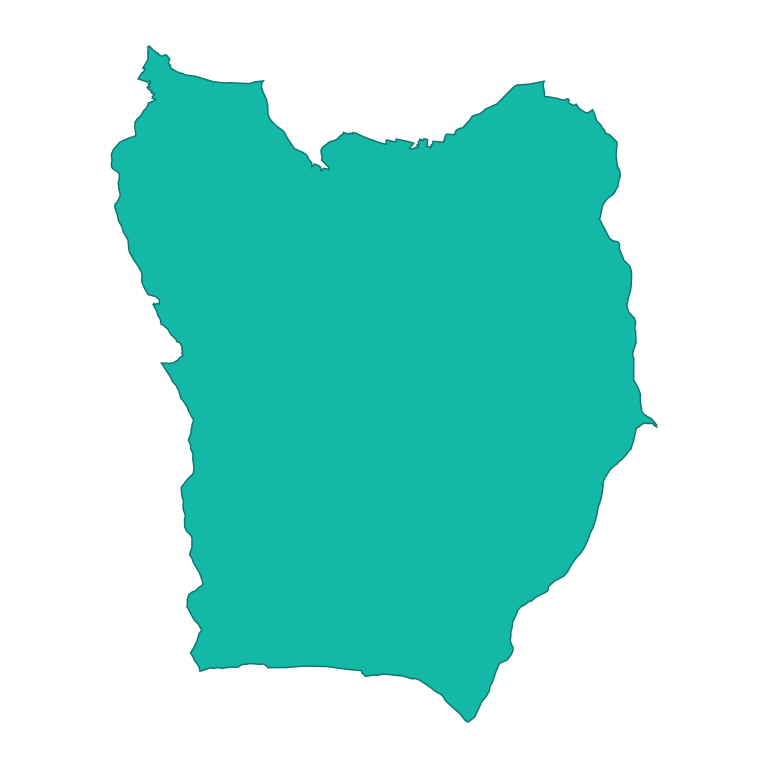 Bustuchin, Gorj, Romania
{"feature_id": "2599482B71517510314542", "entity_name": "Bustuchin", "entity_type": "district", "adm_level": 2, "iso_a3": "ROU", "parent_name": "Romania", "parent_adm1": "Gorj", "projection": "robinson", "projection_center": [23.713, 44.971], "detail": "fine", "context": "isolated", "style": "filled", "palette": "teal", "viewbox_px": 768, "rotation_deg": 0, "n_neighbors": 0, "source": "geoboundaries", "source_scale": "gbopen_adm2", "svg_char_len": 6050}
<svg xmlns="http://www.w3.org/2000/svg" viewBox="0 0 768 768"><path d="M656.7,426.9L656.4,424.7L651.9,419.1L645.8,415.6L643.1,413.4L641.8,411.4L640.3,400.5L640.4,394.2L638.1,387.8L633.6,379.9L633.8,358.0L632.7,355.7L632.6,354.3L633.7,349.6L636.1,342.8L635.6,331.0L634.5,328.1L635.5,324.7L635.6,321.6L634.1,317.9L629.1,312.7L627.7,309.3L626.9,305.9L628.3,298.0L630.3,291.2L631.2,286.1L631.6,274.1L631.2,270.6L629.8,266.6L628.7,264.9L624.2,260.7L619.3,248.6L619.6,244.6L619.1,243.3L617.5,241.7L612.8,240.8L609.6,238.5L599.4,218.8L600.2,217.5L602.3,206.5L603.8,203.2L607.2,198.7L612.8,194.6L615.2,191.6L616.1,189.3L617.9,186.7L618.9,179.6L620.2,176.6L619.8,170.9L617.3,166.1L616.1,155.1L617.1,142.2L609.5,134.7L605.8,133.3L604.2,129.8L602.4,128.0L601.1,125.4L596.6,120.6L593.9,112.3L592.6,109.7L589.2,111.9L588.4,113.0L585.0,112.4L578.8,108.3L576.4,104.3L573.4,105.5L568.6,102.9L568.3,102.0L569.2,100.5L568.0,98.7L566.5,99.0L565.4,100.1L561.5,99.7L557.3,98.4L548.3,96.8L544.7,96.7L544.3,91.4L543.2,86.2L543.4,82.9L543.7,81.8L544.4,81.5L544.3,81.2L529.8,84.1L517.4,85.0L515.6,85.6L512.8,87.9L497.0,103.9L485.9,108.9L480.4,113.5L472.4,116.1L469.8,120.0L462.5,127.9L459.3,128.5L456.3,130.1L454.4,134.6L446.4,134.2L445.2,136.5L443.5,142.1L433.0,141.3L432.5,144.2L431.4,144.9L430.9,147.6L429.8,146.8L427.0,146.4L427.7,140.0L426.5,139.2L424.0,138.8L423.3,140.3L419.7,139.3L419.6,140.3L418.3,142.1L418.8,144.5L417.3,144.6L416.8,145.7L418.2,146.9L417.1,147.8L415.1,147.5L412.4,149.1L409.5,148.4L413.7,143.2L409.4,141.8L396.3,139.1L395.8,142.0L386.5,139.9L386.0,141.7L386.3,143.1L386.0,144.3L381.1,143.2L365.0,137.4L356.5,133.4L353.0,132.6L353.2,133.4L352.3,134.2L350.1,132.9L348.9,134.2L343.5,132.5L343.4,133.6L339.4,136.6L338.6,138.0L335.1,140.3L329.5,141.9L322.8,147.1L321.0,150.4L321.4,154.4L322.3,156.1L321.6,160.2L328.6,167.2L328.9,168.9L328.8,169.3L323.6,168.4L321.9,169.4L321.4,170.0L321.9,170.8L321.1,170.9L320.6,170.6L320.7,169.1L320.0,167.8L320.6,167.2L319.9,167.1L319.2,166.0L315.2,164.2L314.3,164.0L311.7,167.2L311.7,162.9L308.8,159.4L307.8,156.9L306.1,154.5L302.2,152.0L294.6,148.9L287.8,138.8L283.8,131.4L276.0,125.7L271.3,120.7L269.6,118.3L268.1,114.8L267.6,105.4L266.6,99.7L262.5,90.7L261.5,87.0L261.6,83.4L263.4,80.9L255.2,81.8L250.0,83.5L247.9,83.6L229.6,82.7L224.4,83.0L213.1,81.7L196.2,76.5L184.8,74.8L183.1,73.5L180.5,73.2L175.8,71.2L170.5,67.9L170.5,65.4L168.4,63.1L168.7,61.4L169.7,59.8L169.5,58.7L166.2,54.9L164.6,55.0L162.2,56.2L161.0,55.9L158.7,54.5L158.0,53.1L156.6,53.0L155.6,51.7L152.9,49.9L149.4,46.1L147.7,47.0L148.4,48.1L147.8,51.9L148.1,59.4L142.8,68.2L145.2,68.6L143.6,71.5L143.6,72.5L141.7,73.0L138.2,78.9L147.2,82.0L148.0,81.3L148.9,81.6L149.8,80.9L150.4,81.2L149.9,82.4L150.3,83.4L148.4,83.6L149.3,85.7L147.8,86.6L148.8,87.2L147.5,87.3L147.5,87.9L148.9,89.6L151.8,90.7L152.1,91.4L151.0,92.1L152.6,93.8L154.3,93.7L153.9,95.4L152.4,96.4L152.5,97.6L152.1,98.2L155.5,99.5L152.7,101.4L150.5,102.1L149.9,102.8L148.4,102.8L147.9,105.3L145.7,108.7L143.8,110.6L140.3,116.4L137.1,119.1L135.0,122.2L134.9,127.5L135.8,133.7L135.4,136.0L127.8,138.5L119.8,142.2L113.4,149.7L111.9,153.1L111.4,154.8L112.0,160.6L111.3,163.8L111.8,167.5L113.0,168.9L118.5,172.6L119.3,173.7L119.4,175.1L119.3,178.8L118.3,182.6L118.9,189.8L119.8,192.1L120.2,195.4L118.8,199.2L116.9,202.3L115.4,203.7L114.7,206.8L117.6,216.0L118.5,220.6L122.2,227.5L123.3,231.9L128.0,239.9L128.8,249.2L129.5,252.2L133.8,260.0L138.1,266.1L141.3,271.9L142.0,274.8L141.7,281.5L144.5,288.3L148.2,294.6L155.8,296.6L159.5,299.8L159.1,304.3L156.7,303.4L155.4,304.8L154.5,304.3L154.0,303.3L153.1,304.4L156.8,311.4L157.9,315.5L160.0,318.8L160.7,320.9L160.6,322.3L161.2,322.9L161.0,324.2L164.1,325.7L165.7,327.6L167.5,328.8L171.2,334.8L175.3,338.5L176.2,339.8L176.6,341.4L180.7,343.3L180.8,344.7L182.1,346.9L181.8,349.7L182.5,351.3L181.7,353.6L183.7,355.1L180.2,357.3L177.5,360.3L173.4,362.8L169.7,363.4L161.4,363.1L170.3,376.7L172.5,381.5L176.0,385.4L179.0,391.1L180.7,398.0L184.4,402.5L187.4,407.5L188.6,411.2L190.2,413.2L191.7,417.0L193.5,419.7L193.1,422.1L192.2,424.2L190.6,434.6L188.3,440.1L190.5,444.8L190.8,449.5L192.1,451.4L193.0,455.0L192.8,458.7L194.0,467.8L193.4,472.6L192.7,474.4L190.8,475.8L186.9,480.0L181.6,486.8L181.2,488.0L181.9,495.7L183.6,501.9L183.0,505.0L183.2,509.4L185.4,515.4L184.5,519.5L184.7,526.9L186.6,531.1L190.9,535.4L192.0,538.2L191.9,547.7L190.1,552.2L189.7,554.9L191.8,558.0L193.6,563.0L199.3,572.4L202.7,581.8L202.8,584.8L201.9,585.8L199.2,587.1L195.2,591.1L192.5,591.8L188.8,594.6L187.2,600.0L187.5,602.1L187.0,607.2L188.5,608.8L190.7,613.8L194.3,620.0L198.6,624.6L201.7,630.1L199.2,633.5L196.9,641.1L193.7,647.9L190.5,652.9L194.2,659.1L194.4,660.5L196.8,663.3L199.2,667.2L199.9,671.1L201.9,670.8L210.4,667.8L213.9,668.4L215.9,667.8L220.4,667.8L221.8,668.4L230.4,667.1L236.5,667.3L238.8,666.8L241.6,664.6L248.3,664.0L249.6,663.5L259.4,664.3L264.2,664.1L268.1,667.7L286.8,667.5L303.4,666.1L326.5,666.5L346.9,669.3L361.3,670.6L362.1,673.2L363.8,674.2L364.6,675.9L365.8,676.3L372.5,675.1L378.0,675.2L381.9,674.3L381.9,673.9L400.4,675.8L400.0,675.2L412.2,678.8L413.2,679.0L414.0,678.1L418.9,679.8L426.6,684.7L436.8,692.3L440.2,693.9L442.9,696.2L444.6,699.4L448.2,703.4L459.6,713.5L465.3,720.6L467.5,721.9L468.7,721.8L474.9,716.7L481.8,701.7L486.5,695.9L489.1,691.5L490.3,685.8L492.2,682.5L496.1,671.3L499.0,664.3L501.1,662.5L506.0,660.6L507.9,659.2L511.6,654.0L512.6,651.6L513.2,647.9L510.9,643.2L510.3,640.1L510.9,635.2L510.9,631.5L512.3,626.9L512.6,622.1L516.2,614.7L517.7,610.2L521.3,606.5L524.4,605.0L528.5,601.7L531.8,600.8L535.3,597.4L547.0,591.5L547.9,590.2L548.6,586.8L549.3,585.6L554.5,581.1L564.1,575.9L567.6,571.7L571.9,563.8L576.9,557.1L580.9,553.0L584.3,547.7L587.6,540.7L590.3,532.9L593.0,527.7L596.2,518.0L598.2,507.1L600.9,499.3L602.6,490.0L603.4,481.3L605.2,477.5L610.3,469.4L614.9,465.3L617.5,463.7L618.5,461.9L621.3,459.9L627.0,453.8L628.5,451.1L630.7,449.4L633.5,441.0L635.8,430.2L636.7,427.8L639.3,426.7L641.0,424.8L644.7,422.9L647.7,423.5L652.4,423.4L654.8,425.8L656.7,426.9Z" fill="#14b8a6" stroke="#0f766e" stroke-width="1.5"/></svg>